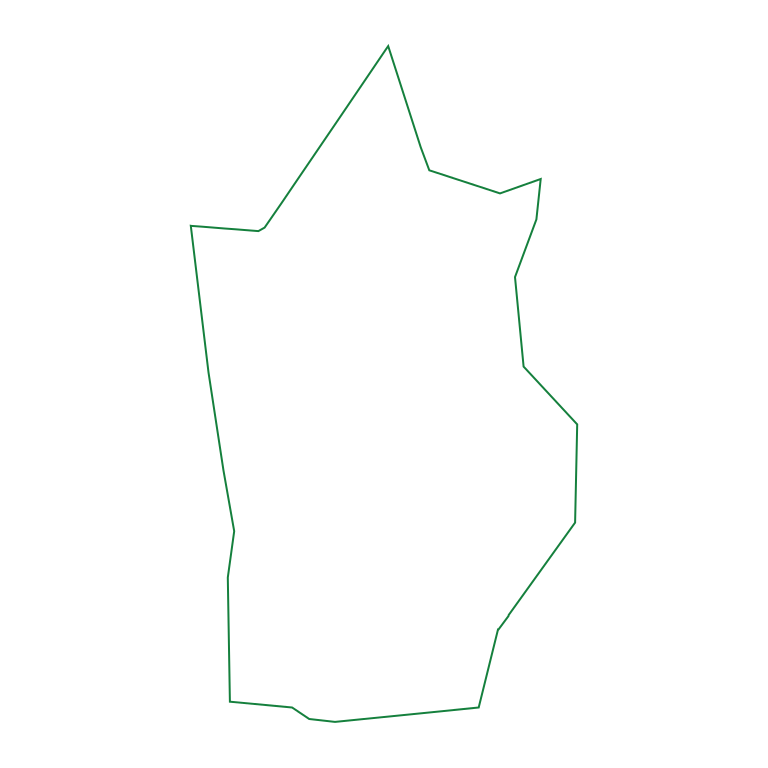 map outline of Hiiraan (Equal Earth projection)
{"feature_id": "SOM-2409", "entity_name": "Hiiraan", "entity_type": "Region", "adm_level": 1, "iso_a3": "SOM", "parent_name": "Somalia", "parent_adm1": "", "projection": "equal_earth", "projection_center": [45.352, 4.37], "detail": "fine", "context": "isolated", "style": "outline", "palette": "green", "viewbox_px": 768, "rotation_deg": 0, "n_neighbors": 0, "source": "natural_earth", "source_scale": "10m", "svg_char_len": 592}
<svg xmlns="http://www.w3.org/2000/svg" viewBox="0 0 768 768"><path d="M258.4,231.1L264.6,227.6L281.6,203.0L293.8,185.0L316.8,151.2L339.8,117.4L362.8,83.5L385.7,49.7L388.2,46.1L420.7,147.2L429.3,170.3L500.0,193.4L540.7,179.0L536.4,219.4L515.0,277.1L523.6,366.6L577.2,424.4L575.1,522.6L508.7,615.0L508.5,616.0L498.4,629.6L498.0,629.5L478.7,707.5L335.0,721.9L309.2,719.0L292.1,707.5L229.9,701.7L227.8,577.5L234.2,531.2L223.5,470.6L208.5,372.4L190.8,225.8L191.3,225.9L202.4,226.7L213.5,227.6L224.6,228.5L235.7,229.3L246.8,230.2L258.4,231.1Z" fill="none" stroke="#15803d" stroke-width="2"/></svg>